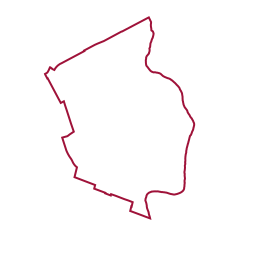 Bassendean, Western Australia, Australia (Equal Earth projection), rotated 332°
{"feature_id": "25037944B70302192671386", "entity_name": "Bassendean", "entity_type": "district", "adm_level": 2, "iso_a3": "AUS", "parent_name": "Australia", "parent_adm1": "Western Australia", "projection": "equal_earth", "projection_center": [115.952, -31.906], "detail": "fine", "context": "isolated", "style": "outline", "palette": "rose", "viewbox_px": 256, "rotation_deg": 332, "n_neighbors": 0, "source": "geoboundaries", "source_scale": "gbopen_adm2", "svg_char_len": 5656}
<svg xmlns="http://www.w3.org/2000/svg" viewBox="0 0 256 256"><g transform="rotate(332 128 128)"><path d="M86.9,38.3L85.2,39.7L83.5,40.8L82.7,41.2L81.6,41.3L80.1,41.3L80.0,41.8L80.0,46.4L80.4,46.4L80.4,60.2L80.4,65.1L80.4,68.3L80.4,74.3L83.9,74.3L83.0,78.9L82.2,83.7L80.5,93.2L79.7,97.6L79.2,100.8L78.4,105.8L74.4,106.2L73.5,106.3L71.3,106.7L70.8,106.7L70.0,106.7L69.5,106.5L65.4,105.6L64.3,111.7L63.0,119.0L62.9,120.3L62.8,122.7L62.9,125.6L63.3,129.0L63.3,130.7L63.2,132.5L63.2,133.4L63.4,135.2L63.8,137.0L64.5,138.7L57.7,146.3L72.2,162.9L69.7,165.7L77.6,174.6L77.2,175.0L81.1,179.5L82.0,178.5L85.5,182.3L91.3,189.0L94.4,192.3L97.3,195.7L94.3,199.1L94.1,198.8L91.0,202.3L95.1,206.9L100.5,213.0L100.9,213.5L105.1,218.2L105.3,217.5L105.6,216.2L105.8,215.1L105.8,214.8L106.2,213.2L106.4,212.9L106.5,212.3L106.7,211.6L106.8,210.9L106.8,210.7L107.0,209.1L107.1,208.4L107.2,207.9L107.2,207.7L107.7,206.2L107.9,205.8L108.0,205.6L108.3,204.9L108.6,203.8L108.7,203.6L109.0,202.3L109.2,200.9L109.3,200.2L109.5,199.9L109.7,199.6L109.9,199.4L110.0,199.1L110.2,198.8L110.8,198.3L111.1,198.0L111.7,197.5L112.2,196.9L112.3,196.7L113.5,195.7L114.0,195.5L114.6,195.3L116.1,195.0L116.5,195.0L117.3,195.1L117.6,195.1L118.1,195.2L118.3,195.2L118.7,195.2L118.8,195.3L119.1,195.3L119.3,195.4L121.0,196.1L122.3,196.7L122.4,196.8L122.7,197.0L123.1,197.2L123.5,197.4L124.5,197.9L124.8,198.1L126.0,199.1L126.4,199.4L126.7,199.6L127.1,200.0L127.3,200.2L128.4,200.8L128.9,201.2L130.0,201.9L130.3,202.2L131.2,202.8L131.4,203.0L131.9,203.4L132.4,203.9L133.3,204.9L133.5,205.1L134.0,205.6L134.3,205.9L134.6,206.2L135.9,207.2L136.2,207.5L136.4,207.6L137.0,208.1L137.9,208.6L138.5,208.8L139.0,208.9L140.0,209.2L140.4,209.3L142.5,209.6L143.7,209.7L144.2,209.7L144.6,209.7L145.7,209.6L147.3,209.2L147.7,209.0L148.2,208.6L148.7,208.3L149.0,208.0L149.4,207.4L149.5,207.2L149.7,206.9L150.2,206.3L150.6,205.8L150.7,205.5L150.9,205.2L151.0,205.0L151.2,204.7L151.3,204.5L151.7,204.0L151.8,203.8L151.9,203.7L152.3,203.1L152.3,202.9L152.5,202.7L152.6,202.3L152.8,201.8L153.2,201.1L153.5,200.6L153.8,200.3L153.9,200.2L154.1,200.0L154.5,199.5L155.0,198.3L155.4,197.3L155.5,197.1L155.5,196.9L156.1,195.9L156.6,195.0L156.6,194.8L156.7,194.7L156.8,194.1L157.1,193.5L157.2,193.3L157.4,193.0L157.7,192.7L158.0,192.3L158.1,192.1L158.5,191.6L159.1,190.7L159.4,190.2L159.7,189.8L160.0,189.1L160.6,187.8L160.8,187.6L161.3,187.1L161.5,186.9L161.8,186.4L162.0,186.1L162.0,185.8L162.2,185.6L162.2,185.4L162.8,184.4L163.0,184.3L163.4,183.6L163.7,183.0L163.8,182.8L163.9,182.6L164.0,182.4L164.2,181.9L164.4,181.7L165.2,180.3L165.4,180.1L166.4,178.6L166.9,178.1L167.0,177.9L167.9,177.0L168.4,176.0L168.6,175.8L168.7,175.6L168.8,175.4L169.6,174.5L169.9,174.1L170.2,173.6L172.1,171.6L172.5,171.1L172.7,170.9L173.1,170.5L173.3,170.3L173.5,170.0L173.7,169.9L174.5,169.1L174.7,168.8L174.9,168.6L175.2,168.2L175.6,167.9L175.9,167.5L176.1,167.3L176.4,167.0L177.7,165.5L178.7,164.5L178.8,164.3L179.1,164.1L179.4,163.9L179.7,163.9L180.0,163.8L180.3,163.7L180.5,163.5L180.9,163.2L181.3,162.9L181.4,162.7L181.7,162.5L181.8,162.4L182.2,162.1L182.3,161.9L183.1,161.2L183.6,160.9L183.8,160.7L184.3,160.4L184.8,159.9L185.3,159.4L185.7,158.8L186.6,157.9L186.9,157.5L187.7,156.6L188.0,156.1L188.2,155.7L188.5,155.0L188.6,154.6L188.6,154.4L188.6,153.9L188.6,153.7L188.8,152.4L188.8,152.1L188.8,151.9L188.8,151.5L188.8,151.3L188.7,150.7L188.8,149.5L188.5,148.6L188.4,147.9L188.3,146.9L188.4,145.6L188.4,145.3L188.3,145.0L188.3,144.8L188.2,144.3L188.2,143.9L188.1,143.4L188.1,143.2L188.1,142.8L188.1,142.1L188.1,141.8L188.2,141.6L188.3,141.2L188.3,140.9L188.4,140.7L188.4,140.2L188.4,139.8L188.1,138.0L188.0,137.2L187.8,136.6L187.9,135.1L188.0,133.9L188.1,133.2L188.4,132.4L188.5,131.9L188.6,131.5L188.8,131.0L189.1,130.2L189.1,129.7L189.2,129.4L189.8,128.1L189.9,127.9L190.1,127.4L190.8,126.1L191.7,123.4L191.8,123.2L192.0,122.7L192.0,121.7L192.1,121.0L192.1,119.8L192.0,118.6L192.0,118.3L192.1,117.6L192.2,116.7L192.2,116.3L191.9,115.1L191.9,114.8L191.8,114.4L191.6,113.9L191.6,113.7L191.2,112.6L191.2,112.4L190.7,110.5L190.4,109.7L190.1,109.0L190.0,108.7L189.8,108.0L189.7,107.8L189.5,107.4L189.1,106.3L188.6,105.6L188.5,105.1L188.4,105.0L188.0,104.3L187.1,103.2L186.7,102.9L186.3,102.5L184.5,100.3L184.4,100.2L184.2,99.9L183.3,98.5L182.2,95.4L181.6,94.6L181.1,94.0L180.9,93.9L180.1,93.1L179.9,93.0L179.8,92.9L179.2,92.5L178.4,91.8L178.2,91.6L177.5,91.2L177.0,91.1L176.7,90.8L176.4,90.6L175.8,89.8L175.5,89.6L174.9,88.5L174.7,88.1L174.7,87.8L174.5,87.2L174.4,86.8L174.4,86.4L174.3,86.1L174.0,84.3L174.0,84.1L173.9,83.4L173.7,82.7L173.5,81.6L173.5,81.4L173.6,81.2L173.9,80.1L174.4,78.9L174.6,78.4L174.8,78.1L175.0,77.7L175.5,76.6L175.6,76.4L176.5,75.4L176.9,74.6L177.1,74.3L177.7,73.8L177.9,73.7L178.0,73.5L178.5,73.2L179.7,72.8L179.8,72.7L180.0,72.6L180.7,72.4L180.8,72.3L181.5,72.0L181.8,71.5L182.2,71.2L182.6,70.8L183.3,70.0L183.4,69.8L183.7,69.3L183.9,68.9L184.2,67.9L185.6,66.8L187.5,63.9L188.2,63.3L188.7,62.9L189.1,62.6L189.5,62.2L189.8,61.9L189.9,61.7L190.8,60.9L191.3,60.5L191.7,60.3L192.4,59.6L192.7,59.4L192.8,59.2L193.5,58.5L193.6,58.4L193.7,58.2L194.0,57.9L194.7,57.0L194.8,56.8L194.9,56.7L194.9,56.4L195.1,56.0L195.2,55.2L195.3,54.4L195.2,54.1L195.0,53.7L194.8,53.5L194.5,52.9L194.5,52.7L194.7,52.4L194.8,52.1L195.3,51.0L195.9,49.1L196.1,48.7L196.3,48.2L196.6,47.7L196.8,47.3L196.9,47.1L197.4,46.5L198.1,45.3L198.3,40.1L168.0,40.0L167.6,39.8L147.4,39.9L145.7,39.7L140.7,39.2L137.8,39.0L125.6,39.0L125.6,39.6L117.7,39.6L105.1,39.6L99.3,39.6L98.4,39.5L97.3,39.6L95.3,39.9L93.4,40.5L91.8,41.2L90.2,42.2L89.5,41.3L88.6,39.8L88.7,39.7L88.0,38.2L87.7,37.8L86.9,38.3Z" fill="none" stroke="#9f1239" stroke-width="2"/></g></svg>